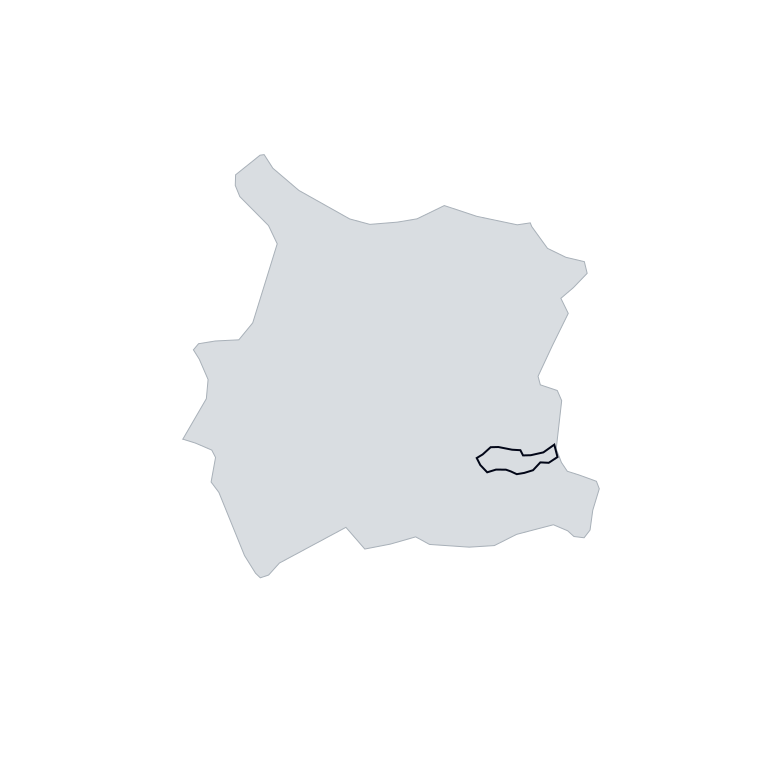 Kosovo, with Zvečan highlighted, rotated 133°
{"feature_id": "KOS-5892", "entity_name": "Zvečan", "entity_type": "District", "adm_level": 1, "iso_a3": "XKX", "parent_name": "Kosovo", "parent_adm1": "", "projection": "albers", "projection_center": [20.754, 42.971], "detail": "fine", "context": "in_parent", "style": "outline", "palette": "ink", "viewbox_px": 768, "rotation_deg": 133, "n_neighbors": 0, "source": "natural_earth", "source_scale": "10m", "svg_char_len": 1356}
<svg xmlns="http://www.w3.org/2000/svg" viewBox="0 0 768 768"><g transform="rotate(133 384 384)"><path d="M240.6,287.2L273.3,276.6L278.0,269.1L270.6,252.8L275.0,242.7L314.0,213.8L320.4,200.7L322.8,190.4L317.6,179.5L310.3,162.3L313.8,155.1L334.0,145.2L350.3,133.7L360.0,132.8L366.0,141.1L366.1,149.6L371.4,164.1L383.5,171.8L403.6,184.5L426.9,193.1L445.2,210.4L470.3,241.3L474.2,256.6L496.8,270.2L517.8,285.5L514.8,314.1L586.3,338.4L602.4,338.1L610.1,342.3L610.0,348.9L604.6,369.0L575.9,430.8L573.6,443.6L552.6,457.1L549.8,464.9L555.9,481.8L561.6,493.6L561.1,493.6L515.9,503.9L500.7,515.7L491.8,536.1L489.0,546.7L481.0,547.1L467.6,536.7L450.7,520.3L428.8,521.7L354.3,557.7L346.9,576.5L345.3,617.2L340.2,628.2L332.2,635.2L301.2,630.7L298.0,628.1L302.0,612.4L300.5,578.3L286.7,521.7L276.9,503.2L256.6,484.7L240.7,472.5L212.4,461.6L198.1,430.5L176.7,395.1L166.4,386.9L168.1,383.4L173.3,356.9L167.3,337.4L157.9,320.9L164.5,310.9L184.3,311.2L200.7,313.1L206.7,297.4L240.6,287.2Z" fill="#d9dde1" stroke="#a8b0b8" stroke-width="1"/><path d="M312.2,218.1L319.1,207.3L329.3,209.8L334.7,216.2L345.4,216.2L353.4,220.8L359.4,225.4L361.5,231.8L363.5,236.4L370.2,243.7L378.2,248.3L377.6,258.3L374.9,265.7L368.2,263.8L357.5,262.9L352.1,257.4L344.7,245.5L339.4,239.1L341.4,233.6L336.0,228.1L325.3,220.8L312.2,218.1Z" fill="none" stroke="#020617" stroke-width="2"/></g></svg>